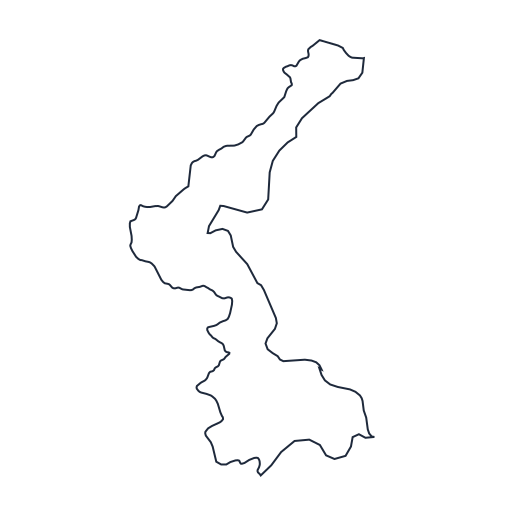 map outline of Nong Khai (Robinson projection), rotated 93°
{"feature_id": "THA-446", "entity_name": "Nong Khai", "entity_type": "Province", "adm_level": 1, "iso_a3": "THA", "parent_name": "Thailand", "parent_adm1": "", "projection": "robinson", "projection_center": [102.779, 17.946], "detail": "fine", "context": "isolated", "style": "outline", "palette": "slate", "viewbox_px": 512, "rotation_deg": 93, "n_neighbors": 0, "source": "natural_earth", "source_scale": "10m", "svg_char_len": 4939}
<svg xmlns="http://www.w3.org/2000/svg" viewBox="0 0 512 512"><g transform="rotate(93 256 256)"><path d="M364.7,186.9L371.4,184.3L376.6,180.7L380.4,175.2L382.5,167.5L384.3,155.2L386.4,149.6L389.8,144.9L392.5,143.0L395.2,142.0L404.7,140.3L411.6,137.5L423.3,135.3L427.3,133.7L430.2,131.0L430.5,128.3L431.8,137.2L428.6,143.9L431.8,150.0L441.3,151.2L450.9,156.1L454.6,167.0L451.4,175.6L441.4,182.3L436.6,193.2L438.7,207.8L450.4,220.6L464.2,229.8L474.9,239.8L473.7,240.7L472.0,242.7L470.8,243.2L469.7,243.2L466.8,241.9L464.7,241.4L463.5,241.3L461.1,241.6L460.1,241.9L459.2,242.3L458.3,242.9L457.6,243.6L457.4,245.1L457.8,247.3L460.0,252.1L463.3,256.7L464.2,259.2L464.2,260.2L463.3,261.0L461.3,262.0L460.9,263.5L461.2,265.8L463.1,270.8L465.7,274.7L466.0,279.9L463.5,284.9L448.6,289.3L444.3,291.4L438.0,296.7L435.9,297.4L434.4,297.4L433.4,296.8L430.6,294.8L428.0,291.0L424.1,283.6L423.3,282.5L422.3,281.5L420.7,280.4L419.5,280.5L418.4,280.9L417.6,281.6L414.0,283.4L405.6,286.4L402.5,288.1L400.7,289.5L398.7,292.1L398.1,293.0L397.6,293.9L396.3,298.2L395.2,303.7L394.6,305.2L393.6,306.5L391.6,308.2L390.2,308.5L388.9,308.2L385.8,304.9L385.1,304.0L383.3,301.0L382.6,300.1L380.8,298.7L379.7,298.2L375.6,296.9L374.7,296.3L374.0,295.6L373.8,294.9L373.6,294.1L373.1,293.0L372.2,292.0L370.3,291.3L369.4,290.4L368.1,288.2L367.1,287.4L363.5,286.5L362.5,285.9L362.0,285.1L361.6,284.3L361.3,283.8L361.0,283.1L360.3,282.3L358.4,281.1L355.1,277.6L354.1,277.5L353.7,278.3L353.6,279.7L353.1,281.1L352.0,282.2L347.5,283.5L346.1,284.2L345.3,285.0L344.7,286.0L344.2,287.2L343.1,289.3L341.7,291.2L341.0,292.2L340.1,294.4L339.4,295.3L337.7,296.8L337.1,297.6L336.2,298.5L335.0,299.4L332.5,300.8L331.0,300.9L329.9,300.4L329.4,299.3L328.0,294.3L327.1,292.1L326.5,291.2L325.8,290.3L325.0,289.4L324.3,288.5L323.8,287.5L322.7,285.3L322.3,284.1L321.8,282.9L320.4,281.0L318.1,279.9L314.5,278.9L305.9,277.5L302.2,277.4L299.8,278.0L299.2,279.0L298.8,280.2L298.7,281.6L299.0,282.8L299.9,285.1L300.0,286.3L299.9,287.6L298.4,290.9L298.0,292.0L297.4,293.2L296.6,294.1L294.2,295.9L293.3,296.9L292.6,298.0L291.7,300.3L290.5,302.2L289.8,303.8L288.8,305.6L288.5,306.7L288.6,307.8L289.8,310.6L290.5,313.9L291.0,315.0L291.5,315.9L292.6,317.0L293.1,317.9L293.5,319.0L293.6,320.4L293.2,327.4L292.9,328.4L292.0,330.3L291.6,331.4L291.7,332.6L292.5,334.9L292.6,336.0L292.4,337.1L291.9,338.1L289.4,340.5L288.7,341.5L288.4,342.8L288.0,345.7L286.8,347.4L284.7,349.3L272.2,356.5L271.4,357.1L269.0,359.7L268.4,360.7L267.8,361.8L267.5,363.2L267.1,366.1L266.1,369.9L266.1,371.3L265.1,373.3L263.1,375.7L257.5,379.7L254.6,381.3L252.4,382.1L251.1,381.9L248.9,381.0L246.3,380.9L242.5,381.3L233.6,383.5L230.0,383.7L227.9,383.2L226.5,379.9L225.9,378.9L225.0,378.1L223.9,377.7L216.3,375.8L212.8,375.4L211.5,374.6L211.2,373.7L212.2,371.4L212.5,370.1L212.7,368.7L212.8,367.2L212.6,364.3L211.4,359.1L211.2,356.3L211.5,354.9L212.2,352.2L212.4,350.9L212.3,349.6L211.8,348.6L211.1,347.6L205.3,342.2L200.4,339.2L193.2,331.7L191.9,330.1L190.0,327.2L168.9,325.9L166.6,324.9L165.7,324.2L165.0,323.3L164.4,322.2L164.1,321.1L163.6,320.1L163.0,319.0L159.3,314.6L158.7,313.6L158.2,312.5L158.0,311.2L158.3,310.0L159.2,307.7L159.6,306.5L159.8,305.1L159.4,303.9L158.3,302.7L154.5,301.2L153.4,300.5L152.0,298.7L150.5,296.2L150.0,295.6L149.4,294.9L148.7,294.1L148.2,293.0L147.7,291.8L147.4,290.5L147.0,284.5L146.8,283.1L145.5,279.6L143.7,276.6L143.1,275.6L142.2,274.8L138.4,272.3L137.6,271.5L137.0,270.4L136.5,269.4L135.9,268.4L135.1,267.6L129.8,264.9L126.2,262.1L125.0,260.1L124.1,257.7L123.8,256.5L123.3,255.5L122.5,254.6L116.1,249.8L112.9,246.7L112.0,246.0L110.8,245.4L105.0,243.3L101.9,241.6L101.0,240.9L95.9,236.1L95.6,236.0L89.9,234.5L87.6,233.6L86.7,233.1L85.7,232.1L83.6,229.3L82.5,229.2L81.6,229.5L80.6,230.1L76.9,230.9L75.8,231.4L73.0,234.9L72.0,236.4L71.4,237.2L70.4,238.0L68.7,238.8L67.5,238.7L66.7,238.0L65.4,236.0L65.4,235.9L65.2,235.5L64.9,234.6L63.9,232.7L63.6,231.5L63.6,230.2L64.0,229.0L64.5,227.9L64.5,226.7L63.9,225.6L59.8,223.5L58.5,222.6L57.8,221.7L57.2,220.7L56.6,219.7L55.7,216.7L54.8,214.6L53.5,214.0L51.7,214.0L49.1,214.7L47.8,214.8L46.7,214.5L44.4,212.3L43.1,210.4L37.1,203.8L41.5,185.1L43.7,180.2L45.7,179.1L48.6,176.7L51.2,174.0L52.3,172.1L52.9,170.4L53.0,159.6L52.7,158.6L67.4,159.4L73.2,163.0L75.3,168.2L76.4,174.3L79.4,180.6L89.1,188.1L90.2,189.3L92.6,190.8L100.1,201.8L116.0,217.3L125.5,222.6L135.0,222.0L140.9,230.3L149.5,238.2L160.1,244.2L171.7,246.7L198.9,246.8L209.1,252.5L213.1,267.1L207.8,290.9L207.7,294.3L212.2,295.7L228.6,304.5L235.6,305.5L235.6,302.8L232.5,297.6L230.7,290.9L232.4,285.3L236.8,282.3L248.1,279.3L252.9,276.1L264.6,264.3L283.0,253.2L284.9,249.4L289.6,246.3L316.9,232.9L322.1,231.7L327.8,233.3L337.6,240.3L342.9,241.9L348.5,239.5L352.1,234.3L354.9,229.1L358.1,226.7L359.6,223.2L357.0,201.8L357.5,195.1L359.0,190.3L361.8,186.9L364.3,185.5L365.7,184.7L365.9,184.6L365.2,186.1L365.0,186.4L364.8,186.7L364.7,186.9Z" fill="none" stroke="#1e293b" stroke-width="2"/></g></svg>